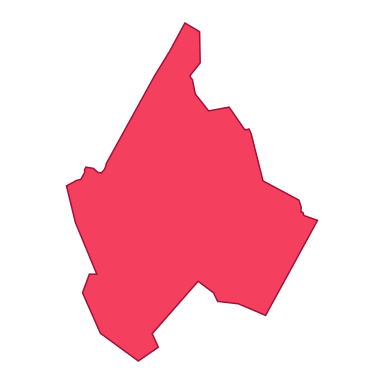 Avery, North Carolina, United States of America (orthographic projection)
{"feature_id": "52423323B91612624851462", "entity_name": "Avery", "entity_type": "district", "adm_level": 2, "iso_a3": "USA", "parent_name": "United States of America", "parent_adm1": "North Carolina", "projection": "orthographic", "projection_center": [-81.908, 36.099], "detail": "fine", "context": "isolated", "style": "filled", "palette": "rose", "viewbox_px": 384, "rotation_deg": 0, "n_neighbors": 0, "source": "geoboundaries", "source_scale": "gbopen_adm2", "svg_char_len": 967}
<svg xmlns="http://www.w3.org/2000/svg" viewBox="0 0 384 384"><path d="M66.5,186.0L75.4,222.5L96.8,274.2L89.4,274.1L82.5,292.7L100.4,333.3L138.3,361.0L158.3,347.2L152.2,333.6L166.0,317.9L168.5,315.0L168.9,314.6L198.1,281.3L214.0,293.2L214.0,293.5L214.1,293.9L217.6,301.4L238.4,303.8L265.6,315.4L317.5,220.4L304.1,215.6L303.9,215.5L303.5,214.6L303.6,214.2L303.3,213.8L303.2,212.9L302.4,212.2L301.4,211.7L300.9,211.8L300.9,211.5L301.2,207.1L298.9,200.1L263.0,180.9L251.2,133.9L249.0,129.0L248.8,129.0L247.5,129.4L246.9,129.7L246.7,129.7L245.9,129.7L245.3,129.4L244.7,129.7L229.1,107.1L208.6,110.9L195.3,94.0L192.6,80.6L192.6,80.0L191.6,78.7L191.1,78.3L190.5,77.2L190.3,76.3L190.0,75.7L200.2,62.8L199.6,31.7L184.9,23.0L174.1,43.0L169.8,51.0L154.4,76.1L106.0,164.1L106.2,165.0L104.5,169.4L101.3,172.9L97.8,172.3L93.4,168.4L86.0,167.1L84.6,169.7L84.6,172.6L80.8,179.4L76.6,180.4L67.4,185.4L67.1,186.1L66.5,186.0Z" fill="#f43f5e" stroke="#9f1239" stroke-width="1.5"/></svg>